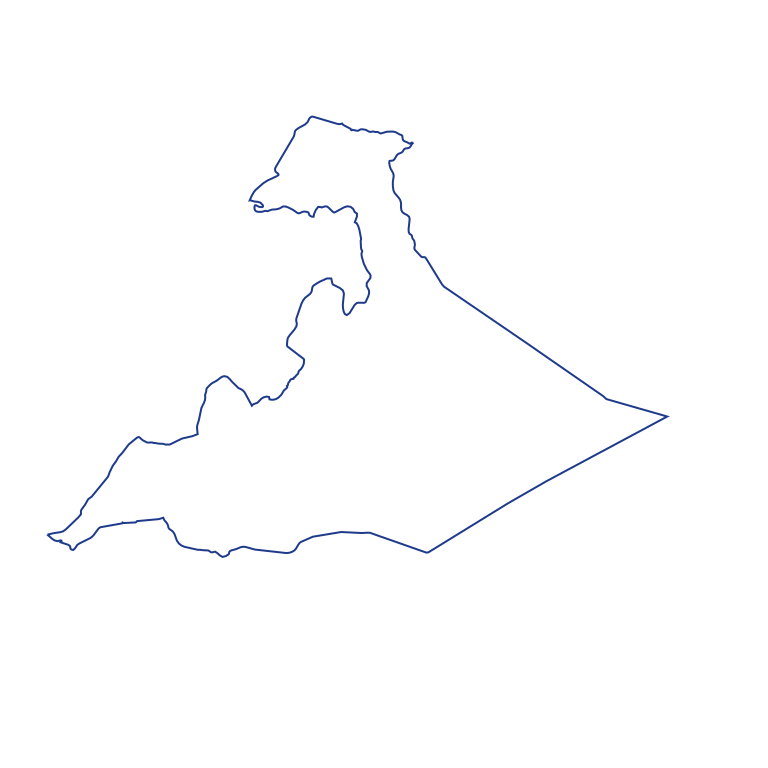 map outline of Somali (Mercator projection), rotated 16°
{"feature_id": "ETH-3134", "entity_name": "Somali", "entity_type": "Administrative State", "adm_level": 1, "iso_a3": "ETH", "parent_name": "Ethiopia", "parent_adm1": "", "projection": "mercator", "projection_center": [42.488, 7.246], "detail": "fine", "context": "isolated", "style": "outline", "palette": "blue", "viewbox_px": 768, "rotation_deg": 16, "n_neighbors": 0, "source": "natural_earth", "source_scale": "10m", "svg_char_len": 6165}
<svg xmlns="http://www.w3.org/2000/svg" viewBox="0 0 768 768"><g transform="rotate(16 384 384)"><path d="M665.2,337.2L566.8,432.8L535.9,464.7L478.0,528.2L473.0,533.6L471.2,534.4L411.5,530.9L409.1,531.5L403.6,533.4L383.6,538.1L357.7,550.4L347.7,558.7L347.2,559.3L346.7,560.0L345.9,562.1L344.8,566.5L343.8,568.6L341.9,570.7L339.5,572.3L336.9,573.4L305.7,578.7L295.5,578.8L293.4,579.3L291.2,580.4L287.6,583.3L283.2,586.0L282.0,587.0L281.6,588.2L281.7,590.2L281.3,591.0L280.5,591.7L279.6,592.9L276.5,594.7L273.7,594.1L270.9,592.7L267.9,591.7L265.2,593.2L264.3,593.4L263.4,593.2L261.7,592.6L260.7,592.5L255.7,593.7L254.0,593.8L250.8,594.7L237.2,595.5L233.9,595.1L230.9,593.9L228.1,591.7L224.0,586.0L222.3,584.5L221.3,583.8L218.3,582.8L217.1,582.2L216.5,581.6L215.4,579.6L213.9,577.8L210.1,575.2L208.7,573.4L204.7,576.0L184.6,583.8L184.2,584.1L183.8,585.1L183.5,585.5L172.1,589.4L171.9,589.4L171.5,589.3L170.9,589.2L170.9,589.5L170.9,589.9L170.6,590.2L150.8,599.9L149.5,601.5L146.5,609.4L145.4,611.4L144.2,613.0L135.1,621.3L133.5,623.3L132.1,627.5L131.0,629.2L129.0,629.3L128.0,628.6L127.5,627.8L127.2,626.9L126.6,626.2L124.7,625.6L116.8,625.3L117.4,624.2L117.1,623.5L116.2,623.5L113.4,625.1L111.0,625.2L108.5,624.6L102.8,622.0L103.5,621.4L103.1,620.9L108.3,618.1L113.6,615.7L116.1,614.1L118.2,611.5L126.8,596.7L128.6,592.8L127.8,590.1L127.7,588.9L128.0,587.6L130.0,582.2L131.3,576.6L131.8,575.8L134.1,572.8L144.0,549.8L144.4,548.1L144.6,544.4L145.8,537.4L147.7,532.2L149.0,527.1L151.4,522.4L155.3,512.4L161.3,503.7L162.6,502.7L163.6,502.6L165.4,503.6L167.7,504.6L172.2,505.5L173.6,505.3L176.8,504.2L177.3,504.1L178.9,504.2L180.9,503.7L183.5,503.5L188.2,502.4L191.2,502.4L191.7,502.2L192.2,501.9L193.8,501.6L194.9,501.1L204.9,492.1L214.1,487.0L218.7,483.6L216.5,478.1L216.0,476.4L215.9,474.6L216.0,469.5L215.1,457.4L215.6,454.1L216.0,452.6L216.2,450.9L216.3,449.3L216.2,447.7L215.9,446.3L215.4,444.9L215.0,443.4L215.2,440.8L214.7,437.7L215.1,436.3L217.6,431.8L218.6,430.5L222.3,426.9L225.4,422.7L226.7,421.4L228.3,420.5L231.3,420.3L234.4,421.8L237.4,423.8L245.2,428.0L248.4,428.5L249.9,429.0L251.4,429.8L252.7,430.8L263.0,441.3L263.7,439.8L264.7,438.9L267.1,437.3L268.0,436.1L270.2,431.9L271.9,430.0L274.7,428.4L277.1,428.2L278.1,430.3L279.6,430.2L281.1,429.9L282.6,429.3L283.9,428.5L284.4,428.2L286.0,426.5L286.5,425.8L286.8,425.3L287.0,424.8L287.8,423.5L288.4,422.3L289.5,417.9L291.3,415.2L291.9,413.8L291.2,412.6L291.8,411.8L291.9,411.2L291.7,409.7L291.8,409.1L292.4,407.9L292.5,407.6L292.8,405.9L293.4,405.0L295.6,403.9L295.4,403.1L295.7,402.6L296.2,402.2L296.4,401.9L296.5,401.9L297.3,399.9L298.1,398.6L298.5,397.9L298.6,397.1L298.5,395.7L298.6,395.0L298.8,394.5L300.1,392.5L301.0,389.6L301.3,386.6L300.5,382.6L300.0,382.1L280.7,374.5L280.1,373.5L279.6,371.6L279.0,368.2L278.9,366.8L279.1,365.5L280.0,362.9L282.9,356.4L283.9,352.8L283.6,350.0L282.5,348.1L281.9,346.6L281.7,345.0L282.5,329.6L283.2,326.0L284.4,322.9L288.0,317.9L288.7,316.2L288.9,314.5L288.5,310.8L288.9,309.2L291.4,306.1L294.0,303.4L300.0,298.3L304.2,297.1L306.7,301.7L307.6,302.5L315.2,303.9L318.8,305.5L320.6,308.2L322.5,318.9L323.6,322.2L325.1,325.2L327.0,327.5L329.2,328.0L331.4,325.3L334.0,316.0L335.6,313.6L337.0,312.9L342.6,311.4L343.6,310.6L344.0,309.1L344.1,307.4L344.7,304.3L344.7,302.5L344.6,300.8L344.2,299.2L343.5,297.9L340.3,294.6L339.6,291.7L341.7,285.8L341.1,283.2L340.0,282.1L337.2,280.0L335.9,278.9L331.5,274.0L327.6,267.8L326.5,265.3L326.4,264.2L326.5,262.4L326.2,261.9L325.1,260.8L324.4,259.5L322.3,253.4L322.1,252.4L322.0,251.0L321.8,250.4L317.7,242.3L315.7,239.3L313.4,237.0L311.4,236.6L311.8,230.3L311.0,227.6L308.5,226.8L306.0,224.1L303.0,222.9L299.7,223.3L296.8,225.3L289.4,232.6L288.3,232.9L286.6,232.2L281.8,229.6L280.1,229.1L278.4,229.5L275.4,231.5L274.1,231.4L271.9,231.9L270.5,235.5L269.9,239.8L270.2,242.6L268.7,243.0L267.0,242.8L265.7,242.2L264.8,240.9L264.0,240.0L262.5,239.8L260.9,240.0L259.5,240.3L258.2,241.0L256.0,242.9L254.8,243.5L253.5,243.4L248.6,241.7L243.4,240.7L240.7,240.5L238.2,241.1L237.5,241.6L235.9,243.4L234.5,244.5L233.1,245.3L231.7,246.0L228.6,247.1L227.3,247.8L226.1,248.7L224.9,249.7L224.3,250.0L223.6,250.1L222.9,250.1L222.2,250.3L221.6,250.6L219.6,251.9L216.8,252.9L215.2,253.2L213.9,253.3L212.5,252.8L211.6,251.9L211.0,250.6L210.6,249.0L210.8,247.7L212.0,247.5L214.8,248.1L216.4,248.0L218.0,247.6L218.8,246.8L218.2,245.5L215.2,243.7L212.3,243.7L209.1,244.3L205.6,244.3L204.9,244.2L204.3,244.5L204.9,240.0L206.0,235.4L207.0,233.0L212.6,224.3L216.1,220.3L224.1,213.4L225.0,212.0L224.4,211.1L221.6,210.0L220.6,209.0L220.0,207.4L220.0,205.8L229.1,170.8L229.1,169.0L228.8,166.4L228.9,165.1L229.5,163.8L231.6,161.2L236.5,156.4L238.3,153.4L238.7,151.7L238.9,150.0L239.5,148.4L240.7,147.0L242.1,146.6L267.3,146.8L269.2,146.6L270.4,146.1L271.4,145.5L272.1,145.2L272.6,145.8L274.2,146.4L281.6,147.9L281.8,148.2L282.0,148.6L282.4,148.9L282.9,149.0L283.3,148.8L283.6,148.4L284.0,148.3L287.6,148.1L289.3,147.7L291.3,145.7L293.0,145.1L296.5,144.7L299.7,145.5L300.9,145.5L301.8,145.3L304.0,144.2L304.6,144.2L305.7,144.2L306.2,144.2L308.3,143.5L309.7,143.7L310.7,144.0L311.7,144.1L313.0,143.4L317.2,140.7L322.9,138.9L325.8,138.7L330.3,139.8L331.8,139.8L333.1,140.3L334.7,143.8L335.7,144.7L337.1,145.0L339.8,145.3L341.3,145.7L342.1,145.9L343.1,145.5L343.7,144.8L344.3,144.2L345.3,144.6L344.6,145.9L343.9,148.6L343.4,149.6L342.4,150.5L339.7,151.7L338.7,152.7L338.2,154.0L338.0,155.0L337.6,156.0L336.6,157.1L334.3,158.9L333.6,159.9L333.0,161.5L332.4,164.1L331.9,165.4L331.2,166.5L329.9,167.2L328.7,167.6L327.8,168.2L327.9,169.5L329.2,172.4L330.9,175.1L334.4,178.5L335.3,179.8L336.0,181.5L336.8,187.4L338.0,191.5L339.8,195.4L341.5,197.4L347.5,201.4L349.0,202.9L350.2,204.8L351.0,206.9L351.5,209.1L352.7,212.0L354.4,213.8L356.8,214.7L359.6,215.2L362.0,216.3L363.2,218.4L365.0,228.6L365.9,231.1L367.3,232.7L369.0,233.1L369.5,233.4L370.1,234.0L370.7,235.4L371.2,236.1L371.8,236.7L373.0,237.5L373.6,238.1L375.1,241.0L375.4,242.1L375.6,244.3L375.9,245.5L376.7,246.5L384.8,251.4L386.0,251.5L387.6,251.0L388.6,250.9L389.5,251.4L412.5,272.4L414.9,273.9L509.3,305.2L525.2,310.6L598.2,335.3L601.9,337.2L665.2,337.2Z" fill="none" stroke="#1e3a8a" stroke-width="2"/></g></svg>